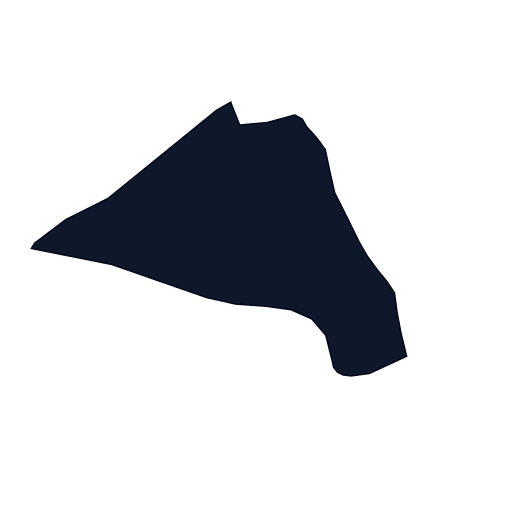 outline of Ordubad, rotated 129°
{"feature_id": "AZE-2418", "entity_name": "Ordubad", "entity_type": "District", "adm_level": 1, "iso_a3": "AZE", "parent_name": "Azerbaijan", "parent_adm1": "", "projection": "albers", "projection_center": [45.885, 39.078], "detail": "fine", "context": "isolated", "style": "filled", "palette": "ink", "viewbox_px": 512, "rotation_deg": 129, "n_neighbors": 0, "source": "natural_earth", "source_scale": "10m", "svg_char_len": 635}
<svg xmlns="http://www.w3.org/2000/svg" viewBox="0 0 512 512"><g transform="rotate(129 256 256)"><path d="M239.1,75.9L276.0,94.0L289.3,106.6L293.5,113.2L295.0,119.5L293.7,125.5L289.3,131.1L273.7,151.8L269.8,173.0L275.7,195.0L289.4,217.6L306.3,241.8L319.4,268.3L353.4,362.8L391.5,435.3L385.1,436.1L347.3,426.7L304.3,407.2L167.2,378.3L152.3,372.4L152.6,372.2L164.5,351.1L145.2,331.3L122.0,314.6L120.5,306.1L123.6,298.2L126.0,283.1L129.7,269.2L143.7,252.0L157.3,234.7L168.6,209.7L180.1,184.9L186.1,169.3L190.4,152.9L193.4,138.4L197.5,125.2L211.1,110.8L224.1,95.5L239.1,75.9Z" fill="#0f172a" stroke="#020617" stroke-width="1.5"/></g></svg>